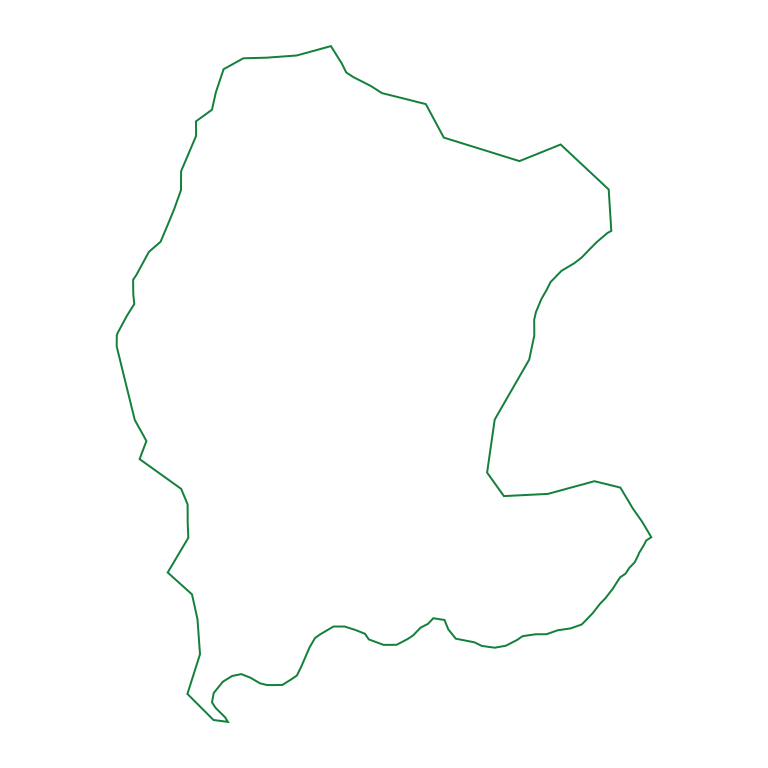 Ikwuano, Abia, Nigeria
{"feature_id": "59680162B4745386112936", "entity_name": "Ikwuano", "entity_type": "district", "adm_level": 2, "iso_a3": "NGA", "parent_name": "Nigeria", "parent_adm1": "Abia", "projection": "albers", "projection_center": [7.59, 5.399], "detail": "fine", "context": "isolated", "style": "outline", "palette": "green", "viewbox_px": 768, "rotation_deg": 0, "n_neighbors": 0, "source": "geoboundaries", "source_scale": "gbopen_adm2", "svg_char_len": 1819}
<svg xmlns="http://www.w3.org/2000/svg" viewBox="0 0 768 768"><path d="M611.3,230.9L608.7,189.5L560.6,144.5L519.4,161.1L443.8,137.6L425.8,104.1L381.9,93.1L371.2,86.2L353.5,77.2L346.9,72.9L346.1,72.2L341.8,63.5L330.9,46.1L296.6,55.5L266.2,57.7L243.3,58.3L223.6,69.2L215.8,92.5L212.0,109.7L196.0,121.3L196.1,135.9L181.1,171.2L181.0,190.0L174.0,209.6L167.5,225.3L160.6,241.7L148.9,251.9L136.4,274.9L133.1,279.8L133.3,294.7L134.3,304.0L127.0,315.6L117.5,333.2L116.8,335.5L116.7,346.4L118.7,354.6L131.1,405.1L134.8,420.0L143.7,436.0L146.4,441.0L139.6,459.1L181.2,488.9L187.6,504.4L187.7,523.0L188.3,537.8L167.7,572.5L192.0,594.4L197.5,619.3L200.0,654.3L187.4,693.9L213.5,720.0L227.9,721.9L225.1,717.3L215.7,708.0L212.0,702.4L213.7,693.0L222.9,681.7L232.1,676.0L241.3,674.1L250.6,677.8L259.9,683.3L267.4,685.1L282.2,685.0L291.4,679.3L296.9,675.5L301.6,665.9L302.3,664.2L309.6,647.3L315.1,637.9L320.6,634.1L333.5,626.5L344.6,626.5L355.7,630.1L365.0,633.8L368.8,639.4L383.7,644.9L396.6,644.8L407.7,639.0L413.2,635.3L420.5,627.7L427.9,623.9L433.4,618.2L433.8,618.3L444.5,620.0L448.3,629.4L455.8,638.7L465.1,640.5L474.4,642.3L481.8,645.9L488.0,646.8L494.8,647.7L505.9,645.7L516.8,640.1L517.0,640.0L522.5,636.2L535.4,634.3L546.6,634.2L551.4,632.5L557.6,630.3L570.6,628.4L581.7,624.5L587.2,618.9L592.7,613.2L600.0,603.8L605.5,598.1L612.8,588.7L616.3,583.2L620.1,577.4L625.6,573.6L629.2,568.0L634.7,562.3L638.4,554.8L639.0,553.1L643.7,545.4L646.2,540.5L651.3,537.2L642.1,521.7L632.9,508.6L620.4,487.6L594.4,481.2L547.9,493.9L503.9,496.1L487.1,472.6L494.7,419.6L520.8,374.2L529.2,359.6L534.3,335.5L534.3,334.7L534.2,319.7L535.9,312.2L541.4,299.0L546.8,289.6L550.5,282.1L561.5,270.8L567.2,267.4L574.3,263.2L581.7,257.5L589.1,249.8L596.4,242.4L602.1,237.5L607.4,233.0L611.3,230.9Z" fill="none" stroke="#15803d" stroke-width="2"/></svg>